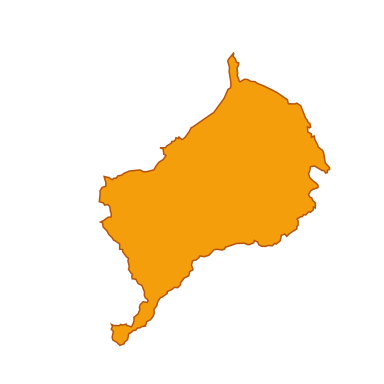 the district of Orocovis, Puerto Rico, rotated 334°
{"feature_id": "32010507B68011232458605", "entity_name": "Orocovis", "entity_type": "district", "adm_level": 2, "iso_a3": "PRI", "parent_name": "Puerto Rico", "parent_adm1": "", "projection": "orthographic", "projection_center": [-66.447, 18.221], "detail": "fine", "context": "isolated", "style": "filled", "palette": "amber", "viewbox_px": 384, "rotation_deg": 334, "n_neighbors": 0, "source": "geoboundaries", "source_scale": "gbopen_adm2", "svg_char_len": 3382}
<svg xmlns="http://www.w3.org/2000/svg" viewBox="0 0 384 384"><g transform="rotate(334 192 192)"><path d="M61.6,275.8L61.5,278.0L59.3,279.9L60.2,282.8L56.5,287.6L56.0,290.3L58.5,294.1L60.0,298.3L64.5,298.6L65.2,297.5L69.4,296.4L73.1,291.5L74.8,291.8L78.2,290.8L81.0,291.5L82.9,290.3L86.0,291.3L87.9,290.9L91.0,292.0L90.8,291.4L92.3,291.1L94.4,288.7L98.7,288.6L102.7,286.6L104.7,284.6L106.5,280.7L110.3,278.9L113.4,275.3L117.4,273.1L118.8,273.4L125.1,272.4L126.1,270.6L130.3,270.9L134.2,270.0L135.9,270.9L137.1,271.7L140.9,270.4L142.2,268.4L147.0,266.0L152.5,265.8L155.0,262.5L158.8,262.3L159.5,257.6L162.0,254.4L163.3,254.2L165.8,254.9L169.3,254.1L171.0,252.9L174.7,255.5L179.4,256.3L186.6,253.5L190.0,254.8L193.7,257.4L196.5,257.5L197.9,256.1L198.9,256.5L209.6,257.8L216.8,261.1L218.8,263.6L220.8,264.5L225.2,264.7L226.8,262.9L229.1,265.9L228.9,268.6L230.6,271.2L234.4,273.2L236.9,273.4L240.6,275.5L243.9,274.4L244.9,275.7L249.7,274.6L251.6,272.4L253.3,270.0L257.0,270.6L257.7,273.4L261.9,272.0L265.2,271.6L270.1,271.1L271.1,268.9L272.8,268.4L274.7,264.3L274.6,262.3L278.6,261.9L280.3,262.5L282.3,261.3L284.2,262.5L288.1,261.0L289.7,262.2L293.3,261.1L294.6,258.7L295.8,260.4L298.1,256.1L296.7,252.3L297.1,249.9L295.6,248.1L295.7,245.3L299.0,243.1L301.8,242.6L307.1,243.3L308.2,241.2L307.5,238.4L305.5,234.9L304.2,230.8L304.7,226.6L306.4,225.4L309.6,221.2L313.5,222.3L318.3,229.6L320.3,231.2L320.3,233.5L322.2,233.9L323.2,231.8L325.5,232.0L326.3,230.4L324.5,224.2L327.3,215.3L327.6,211.9L325.1,206.9L325.6,204.2L325.4,199.0L326.3,195.1L323.4,195.1L324.8,192.3L322.4,188.8L324.4,184.1L325.6,185.8L326.9,185.8L328.0,182.1L326.8,180.2L327.1,178.3L326.5,175.5L327.5,162.2L325.2,158.1L323.2,158.0L318.7,155.7L317.5,155.1L317.3,154.7L318.2,150.9L312.4,140.6L309.0,135.8L303.0,128.1L298.3,123.0L297.0,120.4L293.3,118.3L291.2,115.2L288.7,113.7L283.5,114.0L282.9,112.5L283.5,111.1L283.7,106.9L285.0,105.5L286.8,100.2L288.9,98.8L290.6,96.6L288.9,94.9L289.3,91.2L288.4,87.6L290.1,86.1L290.2,85.4L283.2,88.6L281.5,90.1L280.3,96.4L278.2,100.0L275.0,110.4L273.2,114.3L271.9,115.4L269.4,115.5L262.8,121.1L261.9,121.9L246.4,130.1L242.5,130.6L222.4,133.7L221.5,133.9L220.2,133.8L219.2,134.0L215.5,136.8L210.0,139.7L207.3,140.5L205.8,140.4L204.4,136.9L203.4,138.0L201.4,136.2L200.0,137.8L198.0,138.5L195.8,137.7L195.1,139.0L189.8,139.5L187.5,140.5L182.5,138.2L185.0,140.5L183.2,145.7L184.1,146.9L184.6,147.8L180.3,150.2L175.5,150.7L171.5,152.6L167.4,155.4L159.4,153.7L156.8,152.1L155.6,150.1L154.5,149.2L144.8,145.7L138.9,145.4L135.9,146.0L132.4,145.0L130.0,146.4L127.8,145.4L125.5,146.0L123.7,142.7L119.8,139.5L119.6,140.3L118.7,145.9L117.0,149.0L113.1,148.5L109.9,150.6L107.9,154.6L104.4,160.1L107.6,163.0L107.7,165.5L110.7,166.3L111.7,168.9L110.2,173.8L110.0,176.1L108.2,179.0L105.5,177.9L100.0,178.9L96.6,178.9L98.1,180.5L96.8,184.4L98.5,189.9L98.6,193.5L100.2,198.2L100.4,201.0L101.3,201.8L104.2,207.1L101.9,211.6L104.4,213.3L103.6,215.6L104.8,221.9L105.9,223.7L104.2,225.9L102.9,231.6L101.0,233.6L101.6,238.1L102.5,239.8L101.0,241.2L100.2,243.8L103.3,245.8L103.4,250.7L106.0,254.0L105.5,260.9L103.8,264.1L103.7,266.7L104.9,269.0L104.8,270.5L103.4,271.7L100.1,269.2L96.1,270.5L94.0,272.8L93.7,274.8L90.0,277.9L84.8,279.2L83.7,282.0L81.3,284.6L78.5,286.6L74.9,283.4L74.9,281.9L71.4,281.2L69.8,279.7L68.2,280.3L63.1,277.7L61.6,275.8Z" fill="#f59e0b" stroke="#b45309" stroke-width="1.5"/></g></svg>